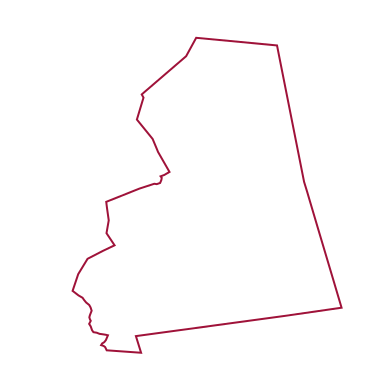 the district of Milton Brandão, Piauí, Brazil, rotated 82°
{"feature_id": "56859067B37808901206920", "entity_name": "Milton Brandão", "entity_type": "district", "adm_level": 2, "iso_a3": "BRA", "parent_name": "Brazil", "parent_adm1": "Piauí", "projection": "equal_earth", "projection_center": [-41.443, -4.721], "detail": "fine", "context": "isolated", "style": "outline", "palette": "rose", "viewbox_px": 384, "rotation_deg": 82, "n_neighbors": 0, "source": "geoboundaries", "source_scale": "gbopen_adm2", "svg_char_len": 965}
<svg xmlns="http://www.w3.org/2000/svg" viewBox="0 0 384 384"><g transform="rotate(82 192 192)"><path d="M344.1,264.8L326.9,267.6L327.6,118.7L327.4,60.0L300.0,64.1L244.4,72.5L212.9,77.2L208.1,77.9L197.5,79.6L153.2,82.1L67.9,86.9L58.7,87.4L39.9,166.4L56.7,178.9L86.1,224.7L88.4,228.2L91.8,226.9L112.6,236.5L134.0,223.6L145.4,220.6L147.5,220.1L169.0,211.5L171.3,217.2L172.1,220.9L173.7,220.0L175.9,220.7L178.6,222.3L179.3,225.8L178.6,228.2L181.3,243.5L182.2,247.2L189.8,278.3L195.7,278.4L208.5,278.4L220.9,282.4L234.0,276.1L238.0,288.7L243.6,304.7L257.5,316.1L273.3,324.0L278.6,318.8L281.5,315.1L283.9,313.9L286.7,312.2L289.6,309.5L292.2,308.5L295.6,307.9L299.9,310.3L301.8,311.1L303.8,310.8L305.5,310.2L308.3,312.2L311.0,311.0L315.0,310.2L317.1,309.1L318.1,305.9L319.6,303.3L320.3,300.8L321.3,297.5L322.2,295.2L326.7,297.9L328.5,299.8L329.5,302.1L331.0,303.3L332.1,301.0L333.5,299.6L336.9,298.5L344.1,264.8Z" fill="none" stroke="#9f1239" stroke-width="2"/></g></svg>